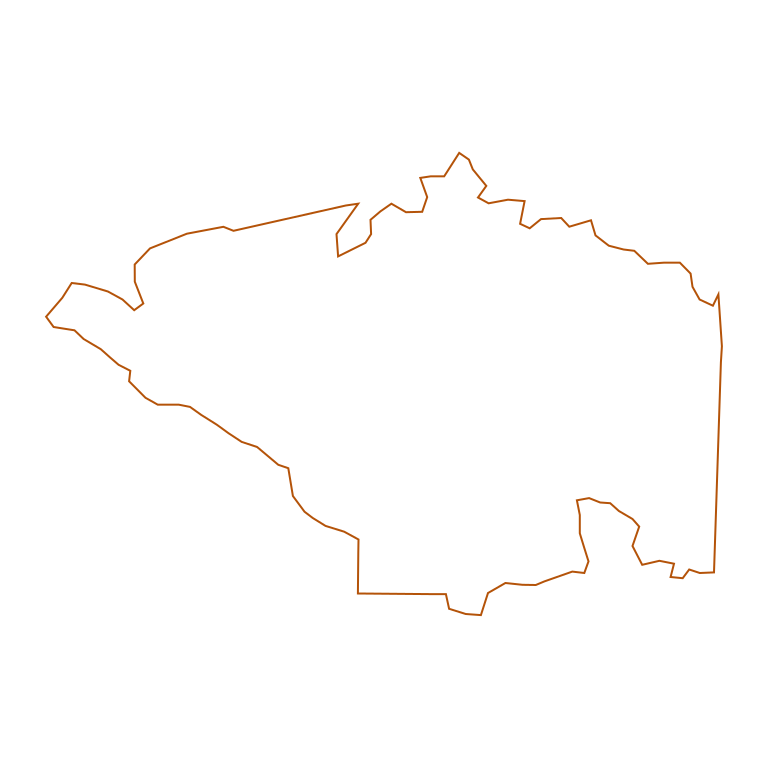 outline of Cruzaltense, Rio Grande do Sul, Brazil
{"feature_id": "56859067B1237322992297", "entity_name": "Cruzaltense", "entity_type": "district", "adm_level": 2, "iso_a3": "BRA", "parent_name": "Brazil", "parent_adm1": "Rio Grande do Sul", "projection": "albers", "projection_center": [-52.651, -27.628], "detail": "fine", "context": "isolated", "style": "outline", "palette": "amber", "viewbox_px": 768, "rotation_deg": 0, "n_neighbors": 0, "source": "geoboundaries", "source_scale": "gbopen_adm2", "svg_char_len": 1535}
<svg xmlns="http://www.w3.org/2000/svg" viewBox="0 0 768 768"><path d="M670.6,577.0L682.7,578.2L689.2,569.5L699.8,573.0L714.0,572.4L720.9,362.4L721.9,346.3L718.4,294.4L712.9,305.7L699.6,299.5L692.5,286.8L690.6,273.6L679.9,262.7L663.5,262.7L647.9,263.8L634.3,250.8L623.6,249.5L608.8,245.7L595.5,235.4L591.0,220.3L569.3,226.7L561.2,218.0L541.0,219.1L529.7,228.3L520.1,223.8L524.6,201.1L508.0,199.7L488.6,203.3L478.0,197.5L486.3,185.9L472.8,169.4L468.9,159.6L459.2,152.9L444.2,176.3L430.9,176.3L420.3,177.9L427.2,197.1L422.2,211.8L406.0,212.2L391.4,203.7L380.5,211.3L370.5,219.8L371.1,234.1L365.5,242.8L338.1,256.4L336.5,234.1L358.2,203.7L345.8,205.5L233.5,230.8L223.4,226.8L186.9,233.7L150.0,248.4L134.7,264.5L134.8,281.7L143.3,303.5L134.2,310.2L122.5,299.5L107.9,291.5L85.0,284.6L71.7,283.0L62.3,297.8L46.1,316.7L53.6,327.0L64.9,328.8L74.5,330.3L83.6,339.0L100.8,349.2L109.9,357.3L118.6,364.8L130.3,370.8L129.1,381.3L145.5,397.8L157.8,404.7L178.9,404.7L190.0,406.9L201.2,414.9L216.8,424.7L228.5,433.2L241.7,441.9L257.1,447.0L278.3,464.8L288.3,468.2L292.9,496.0L304.5,511.7L312.6,517.9L325.5,525.9L344.2,531.7L358.5,539.5L358.3,552.2L357.9,593.5L428.8,594.1L445.9,594.1L449.1,608.8L465.7,614.0L480.9,615.1L488.0,593.0L505.4,583.0L522.5,584.8L535.8,585.0L544.4,581.4L572.3,571.6L584.3,573.0L588.5,561.4L583.9,546.7L579.8,533.3L579.8,515.0L576.9,500.3L589.1,498.1L600.2,502.5L610.2,503.2L618.9,511.0L632.5,519.0L639.2,526.6L632.5,546.0L642.2,564.8L659.4,560.8L674.0,563.7L670.6,577.0Z" fill="none" stroke="#b45309" stroke-width="2"/></svg>